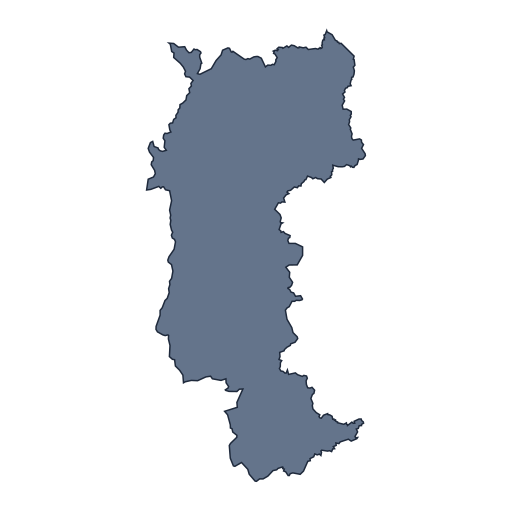 Mzimba, Mzimba, Malawi (Albers equal-area conic projection)
{"feature_id": "42251766B77624810989827", "entity_name": "Mzimba", "entity_type": "district", "adm_level": 2, "iso_a3": "MWI", "parent_name": "Malawi", "parent_adm1": "Mzimba", "projection": "albers", "projection_center": [33.674, -11.849], "detail": "fine", "context": "isolated", "style": "filled", "palette": "slate", "viewbox_px": 512, "rotation_deg": 0, "n_neighbors": 0, "source": "geoboundaries", "source_scale": "gbopen_adm2", "svg_char_len": 6001}
<svg xmlns="http://www.w3.org/2000/svg" viewBox="0 0 512 512"><path d="M292.8,472.9L300.2,474.3L303.5,471.1L307.8,461.3L310.3,460.7L310.0,458.6L313.7,456.8L314.8,453.9L317.2,454.9L319.4,454.1L320.9,455.5L321.5,452.4L320.9,451.0L321.7,450.2L327.6,451.1L329.5,450.7L331.6,451.6L332.7,449.0L334.6,448.7L333.3,446.6L336.2,445.4L335.9,443.0L338.9,443.6L340.2,441.9L348.4,439.2L351.2,441.1L356.8,438.7L357.6,437.5L355.6,437.7L355.0,436.4L357.6,431.9L356.3,429.0L358.3,428.4L359.2,425.7L361.5,425.6L361.6,424.3L364.1,422.9L363.5,423.0L363.3,421.9L361.6,420.5L361.2,419.0L359.0,419.0L354.1,421.3L354.7,423.2L353.2,423.3L351.9,422.1L347.6,425.4L347.6,424.7L346.6,424.4L346.4,422.9L343.8,424.3L337.5,422.7L337.6,422.0L335.8,421.3L335.5,419.9L334.4,420.3L333.9,419.0L332.7,419.2L332.1,416.3L329.8,414.9L327.9,414.6L327.7,413.6L323.5,415.2L321.3,418.2L320.1,418.0L319.0,416.7L319.8,414.8L316.2,412.6L312.9,408.9L312.3,405.6L312.9,403.4L310.9,398.5L312.4,394.5L313.9,393.4L314.6,390.2L312.0,387.3L310.0,388.1L307.7,387.8L306.4,384.5L306.1,380.8L307.3,378.2L306.5,376.0L303.8,375.4L302.3,376.4L297.6,374.7L295.4,372.9L288.6,374.4L287.4,370.0L286.2,373.0L285.0,373.1L282.9,371.3L281.0,371.1L279.4,368.6L280.3,366.5L280.4,362.7L281.7,360.6L279.0,359.5L280.0,356.7L279.7,352.4L284.1,350.8L284.5,349.5L287.0,347.2L290.3,345.4L290.7,343.8L295.0,342.3L297.7,338.6L297.2,336.8L293.0,332.6L291.8,327.6L287.0,319.3L285.4,310.1L287.2,307.8L289.2,306.7L292.0,301.3L294.7,301.3L296.2,300.3L299.6,300.5L302.0,299.8L302.5,299.0L300.6,295.7L295.5,296.3L293.6,292.9L291.0,292.1L289.6,289.4L287.9,288.5L288.1,287.6L290.1,287.1L291.6,285.3L292.6,282.3L289.3,277.3L289.7,272.3L285.8,267.2L289.2,265.0L297.2,264.9L302.6,255.4L302.6,246.9L295.3,243.4L289.0,243.4L287.8,240.6L288.4,238.3L289.8,237.5L290.1,235.6L285.0,233.4L283.4,231.6L281.1,232.4L280.8,230.9L279.1,229.6L281.0,223.9L282.6,222.9L280.5,222.5L280.2,221.6L281.2,217.9L280.0,214.5L274.7,209.3L278.4,202.8L280.5,203.1L282.0,201.9L284.9,202.1L283.6,198.0L286.2,194.8L288.9,193.6L287.0,192.1L288.0,190.8L290.6,190.3L294.3,187.0L297.4,187.7L298.6,185.9L301.0,186.0L301.3,183.7L303.9,181.6L304.8,179.9L305.9,179.6L307.5,176.1L311.5,177.5L312.8,178.8L315.7,177.5L317.5,178.7L321.1,179.0L324.3,182.5L327.3,179.1L330.9,177.5L330.3,176.3L331.8,174.8L331.5,171.8L332.6,171.3L332.5,169.6L333.3,168.5L332.8,165.2L338.1,166.7L342.3,166.8L344.5,166.4L346.6,164.6L349.8,165.7L350.5,166.8L351.3,166.2L352.5,167.3L353.9,167.4L355.0,165.6L357.1,164.5L358.7,159.4L358.0,158.6L360.1,159.4L363.0,159.0L365.4,155.6L365.1,153.7L361.6,148.3L363.5,144.6L361.6,142.3L361.4,140.0L359.6,138.9L353.2,140.1L351.8,138.5L351.5,136.2L352.1,133.9L350.3,129.3L350.8,128.0L348.6,124.5L349.6,121.8L349.3,119.7L351.0,116.8L350.3,115.3L351.3,114.1L351.2,111.5L346.8,109.1L343.1,109.2L342.2,105.2L344.6,100.9L343.4,99.2L344.5,97.4L342.6,94.0L345.0,92.0L344.4,90.5L345.6,88.2L347.4,87.6L347.9,86.3L351.1,85.7L350.2,83.8L351.0,80.2L351.8,79.4L351.5,78.0L351.9,77.2L353.0,77.0L354.0,74.2L354.4,70.8L353.3,67.1L354.9,65.3L354.1,59.6L353.3,59.3L354.1,56.1L341.1,43.3L339.3,43.6L338.7,42.2L337.5,42.2L337.1,41.0L335.4,40.3L332.1,34.7L327.0,31.8L326.7,30.7L325.2,34.5L323.9,35.1L324.7,37.7L323.9,38.1L324.3,39.8L323.2,39.8L322.7,40.5L322.1,43.0L322.4,44.7L321.6,45.2L322.3,47.2L321.6,48.3L320.2,47.7L320.1,48.5L319.2,48.2L318.0,49.2L315.5,48.5L308.3,49.5L306.0,47.2L303.2,47.8L299.2,46.9L298.9,47.8L297.8,47.9L294.2,45.7L291.4,45.1L288.6,47.4L286.9,45.9L282.9,48.3L282.3,47.5L278.8,47.2L277.0,48.8L277.3,49.7L278.1,49.7L277.5,50.7L275.2,50.2L273.3,51.1L274.2,51.6L273.6,53.4L275.0,54.1L277.2,57.6L275.8,59.8L275.9,61.4L274.2,64.7L272.5,64.3L270.9,65.3L267.8,65.1L265.4,66.9L261.3,58.2L257.9,56.5L256.3,56.5L253.8,56.9L249.7,59.1L247.9,58.6L246.0,59.5L244.3,59.2L232.9,51.3L232.0,52.2L231.2,51.9L229.5,48.3L227.9,47.9L222.6,50.2L221.1,54.9L216.1,60.5L211.3,68.7L199.9,74.3L197.4,73.6L200.1,68.7L200.9,63.8L201.8,63.2L199.7,57.2L199.7,54.7L201.0,53.0L200.5,51.7L197.1,49.5L195.0,49.7L194.0,49.0L191.3,52.4L188.9,52.7L186.5,50.1L184.7,46.7L178.5,47.2L173.7,43.5L169.0,43.1L170.3,44.2L171.7,51.5L174.0,53.0L173.7,57.5L180.3,63.3L183.3,67.0L185.5,71.3L184.6,73.9L185.9,76.7L189.6,77.1L193.1,80.5L190.9,83.4L191.4,86.0L188.9,88.7L189.7,92.7L186.7,95.6L186.0,99.9L182.7,103.1L180.0,104.6L179.8,108.0L178.2,109.7L178.0,112.3L175.9,115.3L176.0,117.8L173.7,119.4L172.6,122.9L170.3,123.2L168.9,124.7L169.8,129.9L170.9,132.0L167.1,133.5L165.0,133.2L163.7,135.0L163.2,138.2L164.9,140.8L164.2,147.3L166.3,150.3L162.5,151.4L160.2,150.8L158.5,149.4L158.1,148.0L154.1,146.5L152.7,141.4L150.4,142.6L148.2,148.4L149.5,152.1L153.5,157.4L153.2,160.6L151.7,161.9L151.2,164.7L154.6,170.3L155.3,173.7L153.5,177.0L148.2,179.2L146.6,190.0L150.7,189.4L158.8,186.4L160.8,188.3L162.4,186.8L163.6,186.8L165.5,189.8L169.6,190.7L171.6,200.7L169.6,210.1L170.7,215.2L170.1,218.0L170.8,220.3L170.2,224.4L171.5,230.0L172.7,232.2L171.4,235.2L172.3,238.0L174.5,239.4L175.5,241.8L174.1,249.3L169.0,256.7L167.8,260.1L168.3,262.1L171.5,264.6L172.9,271.1L171.6,278.4L169.5,281.3L169.9,284.6L168.6,288.7L169.2,292.6L167.2,298.4L165.0,300.5L162.2,307.8L160.1,310.4L160.1,315.2L156.1,326.4L156.0,329.4L157.5,331.9L162.9,334.9L165.2,335.6L167.9,334.9L168.6,335.4L168.4,338.9L170.0,345.5L169.4,356.6L172.4,359.3L174.6,359.7L175.4,366.0L179.6,370.2L182.9,375.1L183.5,382.8L185.2,381.8L191.3,380.4L197.6,380.7L205.9,376.9L210.6,376.2L212.4,378.8L221.0,380.4L225.9,378.8L226.1,382.8L228.6,386.5L228.1,388.0L225.3,389.9L225.7,390.4L229.0,391.4L236.9,391.5L239.3,389.2L242.9,389.0L236.9,402.4L237.3,407.3L224.6,411.3L227.6,414.8L230.3,424.8L230.4,428.0L232.0,428.7L232.8,432.1L236.9,435.3L236.8,437.3L230.5,443.4L229.3,445.5L230.3,458.2L233.4,465.9L234.9,466.3L241.5,462.5L247.8,469.3L249.2,474.2L255.1,481.1L256.5,481.3L259.6,478.9L263.1,478.9L267.9,476.1L273.0,470.6L276.7,469.8L278.0,468.4L282.3,467.0L283.0,467.3L282.7,468.6L284.3,469.1L283.6,471.0L285.7,471.8L288.1,475.5L289.3,475.5L290.2,473.7L292.8,472.9Z" fill="#64748b" stroke="#1e293b" stroke-width="1.5"/></svg>